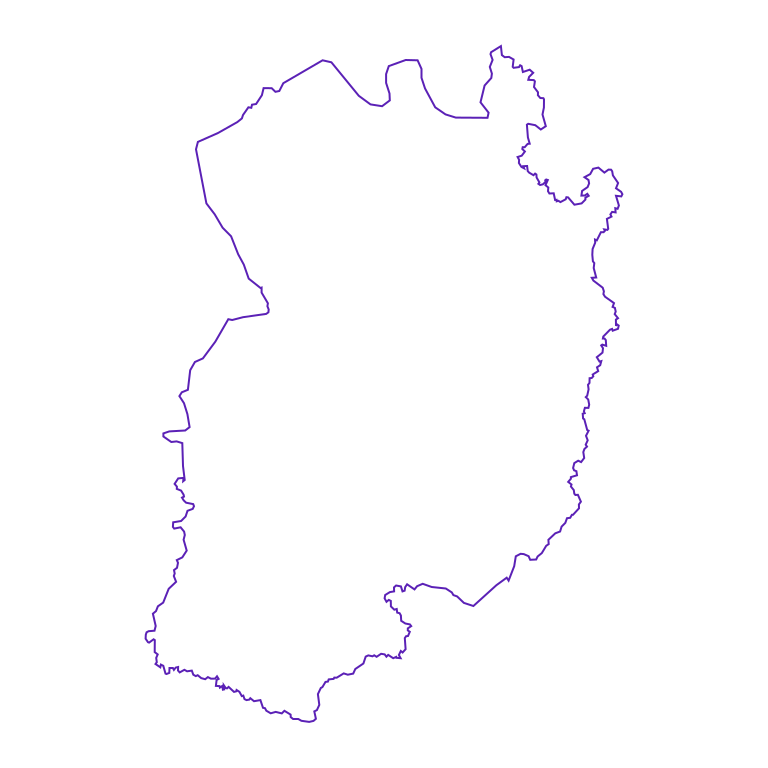 Kita, Kayes, Mali
{"feature_id": "8926073B18522946307375", "entity_name": "Kita", "entity_type": "district", "adm_level": 2, "iso_a3": "MLI", "parent_name": "Mali", "parent_adm1": "Kayes", "projection": "natural_earth1", "projection_center": [-9.401, 13.202], "detail": "fine", "context": "isolated", "style": "outline", "palette": "violet", "viewbox_px": 768, "rotation_deg": 0, "n_neighbors": 0, "source": "geoboundaries", "source_scale": "gbopen_adm2", "svg_char_len": 6079}
<svg xmlns="http://www.w3.org/2000/svg" viewBox="0 0 768 768"><path d="M176.8,488.9L181.1,490.6L183.6,494.7L184.0,496.6L182.0,497.6L183.7,500.4L186.1,502.7L193.2,504.1L194.0,506.2L192.7,508.9L187.5,510.8L185.6,516.5L181.1,521.0L173.2,522.3L172.9,526.9L174.2,528.6L180.6,527.3L184.1,531.6L184.8,535.0L183.6,539.7L186.7,550.6L182.3,557.4L176.8,560.1L178.0,562.8L177.0,567.8L174.0,570.1L174.7,573.5L173.8,576.0L176.1,581.8L168.7,588.8L163.2,602.6L157.9,606.3L156.0,611.1L152.9,613.7L155.7,626.0L154.5,630.7L148.6,631.2L146.6,632.3L145.8,634.7L145.6,638.7L148.0,642.2L149.1,642.6L153.6,639.3L154.8,640.1L154.7,652.1L157.7,654.4L156.2,657.9L156.8,662.2L155.5,664.0L160.3,667.3L160.9,664.6L163.3,665.8L165.5,673.6L166.5,674.0L169.3,672.9L169.5,668.0L172.9,668.0L173.9,669.9L175.7,667.6L178.1,667.0L178.0,670.5L179.7,672.4L184.4,669.8L187.1,671.3L191.8,670.6L193.3,674.7L195.8,676.1L197.7,675.2L201.2,678.1L205.2,679.2L207.9,677.1L211.0,678.7L215.1,678.6L217.0,676.3L218.6,678.9L216.6,680.0L215.9,685.9L219.5,686.1L219.9,687.6L222.2,686.0L222.9,689.7L224.2,689.4L223.9,685.4L225.7,688.0L227.0,688.4L228.6,686.9L234.0,691.9L236.3,691.3L236.6,690.0L239.4,691.8L241.8,696.1L243.3,695.6L244.5,699.1L246.5,700.1L249.3,699.6L250.3,698.2L254.0,701.2L260.4,700.1L263.0,707.8L265.0,708.2L266.3,710.7L270.7,713.3L275.7,711.9L281.8,713.4L284.4,710.8L290.6,714.6L290.7,717.1L293.1,719.0L298.3,719.0L301.4,720.8L309.2,721.9L313.5,720.9L315.9,718.8L314.3,711.4L316.9,710.1L319.3,704.9L317.9,694.1L320.8,688.0L322.4,687.1L325.5,681.9L327.9,681.6L328.7,679.4L333.6,678.9L334.3,677.6L336.7,677.7L343.7,673.4L347.8,674.7L353.2,673.6L355.3,669.0L363.4,663.5L365.7,656.6L368.3,655.4L372.5,656.3L374.2,655.3L376.6,656.8L381.1,653.8L384.7,654.4L386.4,656.7L388.2,654.9L393.2,658.2L396.2,656.9L396.4,657.8L400.6,658.2L398.9,655.0L400.8,651.0L402.6,652.5L405.6,649.2L404.8,638.1L406.1,636.2L408.0,636.0L409.8,631.8L407.8,630.4L407.8,628.4L411.2,626.1L409.9,624.4L405.3,623.5L401.2,620.8L400.9,615.5L399.6,613.2L397.2,612.6L396.7,609.0L394.3,609.7L390.9,606.4L390.8,600.9L388.8,599.9L386.5,601.8L384.6,598.3L385.2,595.0L389.9,592.1L394.1,591.4L394.0,587.4L396.1,585.5L400.9,586.4L402.5,591.4L404.6,590.7L405.2,587.1L407.1,584.3L414.5,589.4L417.1,586.2L422.7,583.8L431.7,587.0L445.8,588.5L451.8,592.4L453.4,595.1L457.1,596.4L463.9,602.9L473.4,606.0L496.4,585.2L506.7,577.7L508.6,580.6L514.2,566.2L515.8,556.3L520.6,553.8L523.8,554.1L528.6,556.2L530.2,559.8L536.2,559.5L537.6,556.5L541.8,553.1L546.2,545.8L548.7,544.1L548.4,539.8L555.3,533.3L560.1,531.5L561.6,526.6L565.3,522.9L567.0,518.2L570.2,517.8L571.9,514.8L573.0,514.8L579.0,508.3L578.9,504.4L580.9,501.7L577.9,494.8L575.4,495.0L574.3,493.7L573.8,490.1L570.9,486.5L571.5,484.5L568.2,481.9L570.9,478.7L570.9,477.1L577.0,475.3L576.4,471.2L574.1,470.3L573.1,468.0L574.3,463.1L578.2,460.7L581.1,462.1L584.2,458.0L583.3,452.1L584.4,449.0L587.0,446.6L585.7,444.7L587.7,440.3L586.0,435.8L588.6,430.7L587.2,430.0L584.3,419.3L583.1,418.5L582.7,413.7L584.7,413.2L583.9,411.3L584.9,407.8L588.4,407.9L589.2,404.7L588.2,399.5L585.8,397.1L587.2,395.7L588.6,389.3L588.0,384.8L589.5,382.9L589.6,378.2L591.7,378.0L593.3,376.3L592.7,374.5L598.2,371.1L597.0,367.3L600.2,365.2L601.3,361.1L599.5,361.6L596.8,357.2L602.5,352.6L603.0,348.2L601.2,345.4L602.3,344.6L606.2,345.8L605.8,340.1L604.5,338.5L602.9,338.5L603.3,336.5L610.0,329.7L612.1,328.9L612.7,330.7L618.0,328.8L618.7,325.6L616.8,324.2L616.0,325.9L615.9,319.6L618.0,318.2L614.7,314.1L615.7,311.6L614.9,307.9L612.6,306.9L614.0,303.1L605.0,296.7L603.4,294.1L603.9,291.3L602.7,287.7L593.4,280.6L591.8,277.8L596.2,277.5L593.7,268.0L594.3,263.1L592.9,261.3L592.3,254.8L592.6,249.0L595.2,242.7L595.0,239.6L596.8,240.4L600.9,232.2L603.6,232.2L604.9,230.8L604.2,229.4L607.4,229.9L608.2,228.8L606.9,218.9L611.5,216.6L610.4,214.4L612.1,211.9L615.6,212.4L615.3,208.2L617.6,208.8L618.9,205.5L616.0,195.8L621.3,196.4L622.4,194.2L621.1,191.8L616.0,188.3L618.1,183.0L612.9,175.4L612.2,171.3L611.1,169.7L608.5,169.6L604.4,172.6L598.4,167.6L593.1,168.8L590.2,174.1L584.5,177.2L588.5,180.0L589.1,183.4L587.6,187.1L582.1,190.9L581.4,195.6L584.8,195.5L587.3,193.8L588.7,195.8L585.4,197.7L585.4,199.6L581.6,203.4L574.4,204.7L568.1,197.4L566.4,197.2L565.7,199.3L560.4,202.1L558.4,200.8L556.7,201.3L556.6,199.8L555.1,200.0L553.7,193.3L549.4,193.5L548.0,191.2L548.3,187.5L545.5,185.2L547.8,180.0L546.2,179.5L545.2,180.3L545.6,181.8L542.9,184.3L540.1,185.0L538.4,183.8L539.4,182.4L536.6,177.5L536.4,174.5L535.1,173.6L533.5,175.2L529.1,172.6L527.7,171.0L527.1,166.0L523.3,166.2L524.1,168.3L521.4,166.9L518.9,163.0L519.1,159.8L517.6,157.0L521.7,155.7L524.9,151.5L522.3,149.0L522.7,147.2L524.7,147.2L527.6,143.9L529.7,143.7L527.9,137.4L526.9,124.7L528.2,123.8L535.3,125.2L540.8,129.5L545.8,126.2L542.5,114.5L543.9,107.6L544.0,99.3L543.4,98.2L540.3,98.0L537.9,95.2L538.0,92.3L534.0,87.0L534.9,81.3L533.8,80.1L528.3,79.8L529.1,76.9L533.2,72.8L529.7,69.7L522.9,72.0L521.6,66.1L520.1,65.3L519.0,67.1L513.6,67.8L512.7,66.8L513.6,59.5L509.0,56.9L504.7,57.2L501.9,55.1L500.9,46.1L491.1,52.2L490.5,54.1L492.6,59.9L489.8,66.9L491.9,73.6L491.3,78.0L484.6,85.5L480.5,102.3L488.6,112.7L487.5,117.8L455.8,117.6L445.5,114.4L435.2,107.3L425.0,88.4L421.5,77.8L421.5,68.9L417.6,60.3L405.7,60.0L388.8,66.1L386.1,74.1L386.1,82.9L389.5,93.5L389.8,100.4L382.1,106.2L370.5,104.4L358.8,95.8L331.4,62.3L322.6,60.3L283.3,83.2L279.3,91.0L275.4,91.8L271.7,88.2L263.6,88.1L261.9,95.2L256.1,104.0L252.0,104.7L251.3,107.8L248.4,107.3L243.0,115.0L241.9,118.4L237.3,122.1L218.0,133.0L197.9,141.9L196.0,149.3L206.4,203.4L214.7,214.3L222.6,227.7L231.1,236.3L238.2,254.3L243.8,264.6L248.7,278.6L260.5,288.0L261.6,287.6L261.6,292.6L267.9,303.3L267.4,306.2L268.7,309.5L268.4,312.3L266.2,313.9L243.0,317.2L232.2,320.0L228.3,319.2L215.3,341.7L202.9,358.4L194.9,362.0L190.2,370.2L187.9,389.8L181.8,392.3L179.4,396.1L184.0,403.2L187.4,414.1L189.6,427.1L185.2,430.5L169.3,431.4L163.4,433.4L163.4,436.5L171.3,442.0L176.6,441.4L182.3,443.1L183.0,466.0L184.7,480.0L183.2,481.2L183.5,477.9L178.2,478.4L174.6,483.9L176.9,486.6L176.8,488.9Z" fill="none" stroke="#5b21b6" stroke-width="2"/></svg>